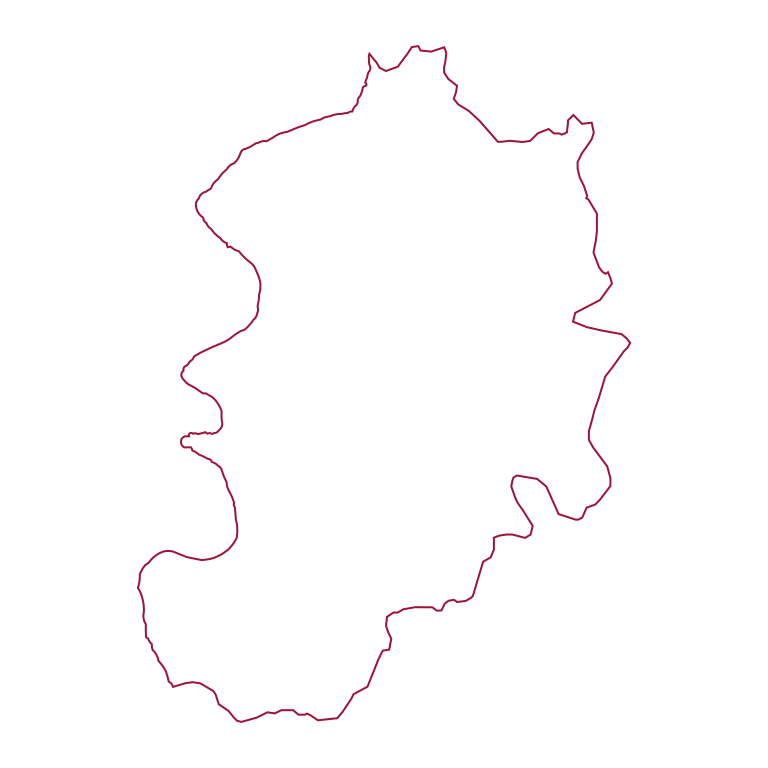 Aga, Ad Daqahliyah, Egypt
{"feature_id": "37247803B31879405836913", "entity_name": "Aga", "entity_type": "district", "adm_level": 2, "iso_a3": "EGY", "parent_name": "Egypt", "parent_adm1": "Ad Daqahliyah", "projection": "orthographic", "projection_center": [31.261, 30.895], "detail": "fine", "context": "isolated", "style": "outline", "palette": "rose", "viewbox_px": 768, "rotation_deg": 0, "n_neighbors": 0, "source": "geoboundaries", "source_scale": "gbopen_adm2", "svg_char_len": 6082}
<svg xmlns="http://www.w3.org/2000/svg" viewBox="0 0 768 768"><path d="M608.0,272.2L605.4,273.8L602.2,271.6L599.0,267.2L593.6,252.9L593.6,251.8L595.8,240.9L596.9,231.1L596.9,213.6L588.3,199.3L586.2,198.2L587.2,196.0L584.0,186.1L579.7,177.4L577.6,168.6L577.6,162.0L581.9,153.3L587.3,145.7L591.7,139.2L593.8,132.6L591.7,122.7L582.0,123.8L573.4,115.0L568.0,120.4L568.0,122.6L566.9,132.4L564.7,133.5L561.5,134.6L559.3,133.5L553.9,133.4L548.6,129.0L537.8,133.3L530.2,140.9L522.7,142.0L509.7,140.8L501.1,141.8L497.9,141.8L479.6,120.9L468.9,111.0L458.1,104.3L453.8,98.8L456.0,92.3L457.0,85.7L448.4,79.1L444.1,72.5L444.1,67.0L445.2,62.7L446.3,52.8L444.2,47.3L431.2,51.6L420.5,50.5L418.3,46.1L411.8,47.1L407.5,53.7L397.8,66.7L385.9,71.0L379.5,67.7L376.3,62.1L375.8,61.7L369.4,53.8L368.9,55.4L368.8,56.7L368.8,57.9L369.1,59.2L369.0,62.1L369.3,64.3L370.3,67.0L370.3,68.7L369.9,70.4L368.7,71.9L368.0,73.5L367.5,75.3L367.1,77.5L365.9,80.3L365.2,82.7L365.9,83.1L366.3,83.7L366.5,84.5L366.4,85.1L365.9,85.8L364.4,86.2L362.9,87.3L362.0,91.3L360.6,95.2L357.7,99.3L357.8,101.6L357.6,102.8L357.1,103.9L356.6,104.9L355.1,106.2L353.8,107.8L352.9,109.6L352.3,111.5L351.0,111.5L350.0,111.7L348.7,112.3L347.8,113.0L344.9,113.2L341.7,113.9L338.0,114.0L334.2,114.8L329.8,116.3L327.8,116.6L325.3,117.2L322.9,118.2L320.6,119.6L316.7,120.4L312.8,121.5L309.0,123.0L304.5,125.3L298.6,127.1L287.4,131.8L283.1,132.6L279.4,133.8L276.6,135.2L271.6,138.4L266.6,141.2L264.3,141.0L262.1,141.3L260.1,141.9L258.1,142.9L257.1,143.0L256.1,143.2L250.1,146.9L246.7,148.4L243.7,149.3L242.2,150.3L240.9,152.0L239.9,154.7L238.7,157.4L237.6,159.2L236.3,161.0L234.2,163.2L231.6,164.3L229.5,165.8L228.1,167.3L226.9,169.2L224.6,171.2L222.1,173.6L219.9,176.4L218.1,179.1L215.6,181.1L213.5,183.5L212.2,185.6L210.9,188.6L208.2,190.1L206.1,191.7L204.6,192.1L202.9,192.9L201.5,194.0L200.5,195.0L199.5,196.6L198.7,198.6L197.4,200.0L196.5,201.5L195.9,203.5L195.9,205.2L196.0,206.5L197.0,210.1L197.7,211.7L198.6,213.2L199.7,214.6L200.9,215.9L203.2,217.7L203.5,219.7L204.4,221.3L205.4,222.4L206.4,223.0L207.2,224.9L208.4,226.6L209.8,228.0L211.2,229.0L212.6,231.0L214.7,233.5L217.7,236.2L220.3,238.0L221.7,240.0L223.2,241.3L224.9,242.4L226.9,243.2L226.8,244.4L227.0,245.5L227.7,247.2L230.6,246.6L232.1,247.9L234.2,249.4L236.5,250.5L238.8,251.2L241.7,254.6L245.0,258.1L252.2,264.1L253.8,266.0L254.7,267.5L256.9,272.3L258.8,277.1L260.0,281.0L260.4,283.8L260.4,286.2L260.2,289.5L259.8,291.8L259.1,294.5L259.0,297.6L258.6,300.8L257.6,306.2L258.0,308.9L258.0,310.4L257.7,311.9L257.0,313.6L256.6,315.7L255.5,317.7L254.7,318.7L253.6,319.6L251.6,322.5L249.6,324.9L247.5,327.1L244.8,329.6L240.8,331.1L237.7,332.8L234.9,334.7L229.6,338.9L225.4,341.4L221.8,343.1L212.8,346.8L207.0,349.5L199.9,353.0L194.1,356.4L193.4,357.9L192.7,359.1L191.5,360.4L189.7,361.6L187.1,365.4L185.5,365.9L184.1,367.2L183.7,368.1L183.4,369.0L183.5,370.7L182.5,371.7L181.9,372.5L181.5,373.9L181.3,374.9L181.5,376.3L182.1,377.7L184.1,380.3L186.6,383.0L187.7,383.9L195.0,387.9L201.7,392.6L203.3,393.4L205.0,393.3L206.8,393.8L208.3,394.9L211.4,396.5L213.5,398.2L215.7,400.5L218.8,404.9L220.2,407.6L221.3,410.4L221.6,411.4L221.5,416.2L221.7,419.5L222.3,423.6L222.1,425.3L221.6,427.0L220.7,428.5L217.6,431.8L216.2,432.7L215.2,432.9L214.1,433.0L213.2,433.6L212.3,433.9L211.3,433.7L210.2,433.1L209.4,433.1L208.3,433.3L207.5,433.7L205.4,432.2L198.1,434.2L197.0,433.7L195.9,433.4L194.5,433.3L192.9,433.7L192.3,433.2L191.7,432.9L190.3,433.0L189.5,433.5L188.9,434.4L188.7,435.3L189.0,436.3L185.1,436.3L183.8,436.8L182.4,437.9L181.6,439.1L181.2,440.1L181.0,441.8L181.1,443.0L181.3,444.0L182.0,445.4L182.7,446.2L183.8,447.2L184.3,447.4L190.9,447.3L191.8,448.6L192.3,450.4L195.8,452.2L198.9,454.5L203.1,456.3L208.0,458.9L208.9,459.0L210.0,459.4L211.1,460.4L211.5,461.2L211.8,462.0L214.1,462.8L215.9,463.8L217.9,465.6L219.7,466.8L221.0,468.4L221.4,469.1L222.8,473.4L224.1,476.9L226.7,482.5L226.9,485.6L227.7,488.3L231.5,495.8L232.9,499.3L234.1,502.8L233.8,503.6L233.7,504.8L234.2,506.2L234.9,507.2L235.9,519.8L236.7,523.0L237.2,526.9L237.3,531.8L236.9,536.7L236.6,538.2L233.9,542.8L231.5,546.0L228.2,549.6L224.7,552.2L221.2,554.5L217.4,556.4L213.5,558.0L210.7,558.8L207.6,559.4L201.8,560.1L186.8,557.1L172.6,551.4L168.6,550.9L164.7,551.2L161.6,552.2L159.2,553.3L156.2,555.2L153.4,557.4L150.9,559.9L148.6,562.8L145.2,565.1L142.8,568.3L140.8,572.0L139.8,574.4L139.8,577.7L139.5,581.3L138.8,584.8L137.9,587.8L140.0,591.5L141.4,594.9L142.4,598.4L143.3,602.4L143.7,605.5L143.9,609.6L143.9,611.6L143.4,614.9L143.4,617.2L143.7,619.0L144.1,620.7L144.8,622.3L145.8,624.1L145.8,630.4L146.0,636.7L146.4,637.4L146.9,637.9L148.1,638.5L148.7,640.1L149.5,641.5L150.4,642.7L151.8,644.1L151.9,647.1L152.2,648.6L152.7,650.0L154.6,652.0L156.4,654.7L157.8,657.8L158.5,660.9L160.7,663.4L162.6,665.9L164.3,668.5L166.0,671.6L167.7,677.2L168.7,681.6L170.0,682.4L171.3,683.6L172.3,685.1L173.0,686.9L185.7,683.1L192.9,682.2L200.5,683.4L213.4,691.1L215.6,694.4L218.8,704.3L228.5,710.9L233.8,717.5L237.1,720.8L241.4,721.9L256.5,717.7L267.4,712.3L274.8,713.4L281.3,710.2L293.1,710.2L298.5,714.7L305.0,714.7L307.1,713.6L311.4,715.8L317.9,720.3L337.3,718.2L342.7,711.7L351.4,698.6L353.5,694.2L367.5,686.7L378.4,659.4L382.7,650.7L389.2,649.6L391.3,638.7L388.1,632.1L386.0,625.6L387.1,616.8L393.5,612.5L397.9,612.5L403.3,609.3L415.1,607.2L432.4,607.3L436.7,610.6L441.0,610.6L442.0,609.5L444.7,603.7L448.5,600.8L453.9,599.8L457.2,602.0L465.8,600.9L471.2,597.7L472.9,595.9L483.1,561.7L490.6,557.4L493.9,549.7L493.9,537.7L499.3,535.6L506.9,534.5L512.2,534.5L525.2,537.9L530.6,534.5L532.7,525.9L523.1,510.6L517.7,502.9L515.5,498.5L511.3,486.4L512.3,481.0L513.4,477.7L516.7,475.5L537.1,478.9L546.3,486.5L558.6,514.1L575.8,519.7L578.0,519.7L582.3,517.5L586.6,507.7L595.3,504.5L599.6,500.1L610.4,486.0L610.4,478.3L607.2,466.3L593.2,447.6L588.9,439.9L588.9,431.2L592.2,419.2L594.4,410.4L598.7,398.4L605.2,376.6L612.8,366.8L623.6,351.6L627.9,347.2L630.1,342.9L626.8,338.5L621.5,334.1L602.1,330.6L587.0,327.2L573.0,321.7L575.2,312.9L600.0,300.0L611.9,283.7L610.8,279.3L608.0,272.2Z" fill="none" stroke="#9f1239" stroke-width="2"/></svg>